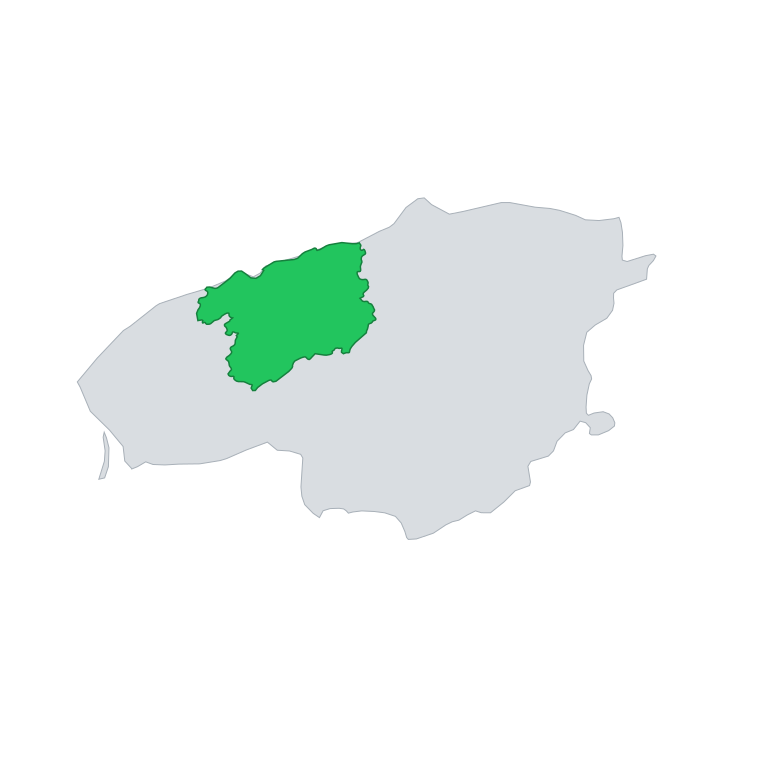 location of Šiauliai within Lithuania, rotated 338°
{"feature_id": "LTU-1072", "entity_name": "Šiauliai", "entity_type": "County", "adm_level": 1, "iso_a3": "LTU", "parent_name": "Lithuania", "parent_adm1": "", "projection": "equal_earth", "projection_center": [23.21, 55.943], "detail": "fine", "context": "in_parent", "style": "filled", "palette": "green", "viewbox_px": 768, "rotation_deg": 338, "n_neighbors": 0, "source": "natural_earth", "source_scale": "10m", "svg_char_len": 6145}
<svg xmlns="http://www.w3.org/2000/svg" viewBox="0 0 768 768"><g transform="rotate(338 384 384)"><path d="M274.1,483.7L269.9,477.4L265.3,466.2L265.8,457.3L268.4,448.4L281.0,422.2L280.4,418.0L271.3,410.7L260.2,405.4L254.1,394.2L231.5,393.6L210.1,394.2L203.4,393.6L183.2,389.0L163.7,381.4L150.6,377.0L139.7,372.1L133.9,366.9L124.5,368.3L118.2,368.3L118.2,367.4L114.8,358.3L118.7,344.2L112.2,323.8L101.5,299.3L101.1,273.1L100.4,267.2L127.9,252.5L162.4,236.8L170.2,235.4L201.9,226.1L206.1,225.4L234.5,227.1L256.8,229.3L275.7,229.1L286.0,226.7L295.4,228.7L303.0,235.7L310.7,234.8L318.4,230.3L360.6,234.4L370.1,234.3L380.8,235.0L400.6,239.2L412.0,243.1L437.0,240.7L447.7,240.6L453.3,239.1L470.5,228.6L477.9,226.7L484.7,224.9L491.0,226.5L495.3,235.5L508.2,251.0L522.2,253.7L560.6,259.7L568.6,262.9L590.4,276.7L603.6,283.4L611.9,288.8L624.8,299.4L632.2,307.2L644.6,313.0L659.1,316.9L664.3,317.5L664.1,323.2L661.9,332.7L657.4,345.1L652.5,354.7L651.4,358.4L655.3,361.5L674.4,363.0L682.5,364.6L684.1,367.2L680.0,370.5L674.0,373.3L671.3,375.9L666.7,385.2L635.1,384.0L630.9,385.9L629.0,390.3L627.5,395.3L623.5,401.3L615.2,406.5L602.1,408.4L591.4,412.0L583.5,422.9L577.8,437.6L578.2,448.0L579.1,453.8L578.4,457.1L574.4,460.8L567.9,470.4L562.7,481.1L560.7,486.9L561.8,489.6L567.9,489.6L576.8,491.8L581.5,496.1L583.4,501.0L583.5,506.4L581.9,509.3L574.8,511.4L563.7,511.5L557.2,508.9L555.9,506.9L558.9,501.8L556.5,495.4L551.9,491.9L542.6,497.2L533.7,497.2L523.0,501.9L516.1,509.5L509.4,512.4L491.1,510.8L486.6,514.2L483.1,529.7L480.9,532.7L465.7,532.1L451.0,538.3L434.5,543.3L426.0,539.8L421.3,535.9L412.3,536.6L402.4,538.3L395.8,537.3L388.4,537.8L374.0,540.8L356.0,539.8L348.3,537.2L347.5,534.8L348.1,528.7L347.9,519.3L345.0,511.0L336.4,503.7L327.3,498.6L315.8,493.3L307.2,491.0L302.6,490.4L301.5,487.4L299.8,484.7L295.8,482.4L287.3,479.3L280.1,478.7L274.1,483.7ZM89.8,366.4L83.9,365.5L95.8,350.9L100.4,341.5L103.7,328.1L106.5,323.9L106.5,330.0L105.1,340.1L97.5,357.4L89.8,366.4Z" fill="#d9dde1" stroke="#a8b0b8" stroke-width="1"/><path d="M291.0,224.7L294.3,226.0L296.7,229.6L300.3,235.7L304.9,238.1L310.0,237.3L315.1,233.6L314.2,232.3L316.1,231.5L327.8,229.6L330.0,229.9L336.9,231.9L347.3,234.9L351.0,235.1L357.1,232.6L360.3,232.0L367.3,232.2L370.1,231.9L370.9,232.1L371.8,233.0L371.9,233.9L371.8,234.7L372.0,235.1L375.1,235.4L382.1,234.3L385.4,234.4L386.7,234.7L397.9,237.1L407.4,242.2L410.8,243.5L413.9,243.9L414.0,243.9L414.3,245.8L414.5,246.4L414.3,247.2L413.5,248.0L412.8,249.0L412.5,250.2L413.0,251.5L413.7,251.8L414.3,251.9L415.0,251.6L415.5,251.5L416.0,252.0L416.2,252.9L416.1,254.8L415.9,255.8L415.2,256.5L412.1,257.1L411.1,257.6L410.4,258.3L409.8,259.4L409.5,260.3L409.5,261.5L409.2,262.7L406.9,265.1L406.0,266.4L405.3,268.9L404.9,269.9L404.2,270.6L403.6,270.6L403.1,270.5L402.5,270.2L401.9,270.0L401.5,270.0L401.0,270.3L400.7,270.8L400.5,271.3L400.4,272.0L400.3,272.7L400.5,276.0L400.7,276.9L401.2,277.8L402.3,278.7L403.3,279.2L404.5,279.6L405.5,279.8L406.4,280.2L407.0,281.0L407.3,282.9L407.2,284.2L406.4,285.5L405.9,286.1L406.2,287.9L405.3,289.2L403.1,290.4L400.3,291.3L399.0,291.9L398.3,292.8L398.3,293.6L398.4,294.4L398.0,294.9L397.7,295.2L393.8,295.5L395.1,299.2L396.8,300.3L397.9,300.5L399.2,301.0L399.7,301.5L399.9,302.0L399.9,302.6L400.2,303.5L401.9,304.9L402.4,305.6L402.9,308.8L402.8,309.8L403.0,311.7L402.5,312.6L401.5,313.3L400.4,313.8L399.6,314.5L399.4,315.9L400.8,319.7L400.8,320.7L400.2,321.4L399.2,321.5L398.2,321.4L397.3,321.5L395.9,322.4L395.0,322.7L392.7,322.6L391.7,323.1L390.8,324.7L389.3,326.8L388.1,327.9L387.7,328.3L386.8,329.9L373.0,334.7L368.3,337.1L366.3,338.5L365.3,339.4L363.8,341.6L363.1,341.8L362.3,341.5L360.6,340.8L357.7,340.7L356.5,338.7L356.7,338.1L357.2,337.1L357.8,336.4L358.3,335.5L358.2,334.9L357.6,334.7L355.7,334.2L354.4,333.2L353.3,332.9L352.4,332.7L351.8,332.9L351.3,333.2L350.9,333.5L350.3,333.9L349.7,334.0L348.5,334.2L348.1,334.4L348.0,334.8L347.9,335.5L347.7,336.0L346.7,336.4L344.9,336.4L341.5,335.7L339.3,334.7L331.5,330.1L326.4,332.4L325.5,332.9L324.1,333.3L323.2,332.9L322.5,332.1L321.7,330.1L321.2,329.4L320.5,329.1L318.7,328.8L316.4,328.7L310.1,329.2L308.0,330.4L306.1,332.5L305.8,333.5L305.2,334.2L304.3,334.9L300.6,336.6L284.8,341.0L282.2,340.5L281.5,340.0L281.2,339.3L281.0,338.3L280.2,337.8L278.9,337.5L271.4,338.3L265.5,339.9L262.3,341.8L259.8,340.9L259.3,338.0L261.4,335.7L261.2,335.1L260.5,334.6L259.5,334.1L255.7,330.1L254.6,329.2L249.9,327.2L248.5,326.2L247.8,325.3L247.0,323.9L246.8,323.1L246.9,322.4L247.3,321.7L247.6,320.9L247.2,320.4L245.0,319.7L243.9,318.8L243.4,318.0L243.2,317.3L243.2,316.2L246.4,314.2L247.3,313.9L248.1,313.2L248.2,312.2L247.7,310.2L247.5,309.2L247.7,308.1L248.0,306.9L248.3,305.2L248.0,304.1L246.8,302.0L246.9,301.2L248.2,300.3L249.3,300.0L250.7,299.7L251.9,299.3L253.4,298.6L254.4,297.9L254.9,296.7L254.6,294.4L254.8,293.4L255.6,292.6L257.2,292.3L258.6,292.2L260.1,291.7L261.1,290.8L262.6,287.7L265.6,285.2L265.2,283.8L266.5,283.2L267.8,282.7L267.9,282.3L267.4,281.9L266.4,281.5L265.5,280.9L264.3,279.6L263.5,279.1L262.8,279.3L262.4,279.8L261.9,280.4L261.1,280.9L260.0,281.2L258.7,281.0L257.8,280.3L256.4,279.0L256.0,278.0L256.0,277.4L256.5,277.0L258.0,276.2L258.6,275.7L258.9,275.1L258.9,274.1L258.9,272.5L258.0,270.5L258.2,269.4L259.2,268.7L263.9,268.0L264.4,267.9L264.8,267.6L265.2,267.0L265.4,266.8L266.7,266.6L268.4,266.0L266.7,264.7L266.3,263.8L266.0,262.8L266.2,261.8L266.6,260.9L266.6,260.2L265.8,259.7L264.5,259.4L262.3,259.6L259.2,260.2L258.2,260.7L257.4,261.3L256.0,261.7L254.2,262.0L250.4,261.6L245.9,263.1L244.6,263.1L243.2,262.7L241.9,262.1L241.4,261.1L241.3,260.2L240.8,259.7L240.1,259.6L239.2,259.6L238.7,259.4L238.8,258.5L239.8,257.3L239.5,256.8L238.9,256.3L235.2,255.5L236.7,248.3L239.5,245.4L241.2,244.4L242.9,242.8L243.5,241.5L243.4,240.4L242.4,239.4L242.2,238.9L242.5,238.2L243.4,237.4L244.1,236.1L245.3,235.6L246.6,235.6L249.2,236.2L250.7,236.3L252.1,236.0L253.5,235.3L254.3,234.3L254.9,233.2L254.9,232.1L254.3,231.1L253.7,230.4L253.4,229.6L253.9,229.0L254.7,228.7L256.0,227.9L258.7,228.8L263.1,232.1L264.9,232.5L266.4,232.4L280.7,228.4L284.4,226.6L287.4,225.2L291.0,224.7Z" fill="#22c55e" stroke="#15803d" stroke-width="1.5"/></g></svg>